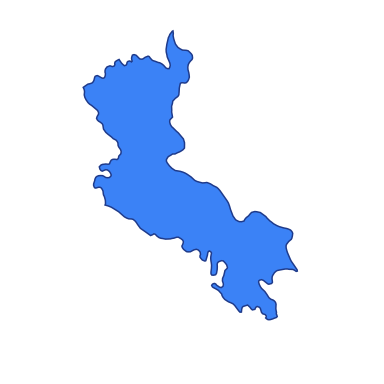 Beshankovichy, Vitebsk, Belarus, rotated 55°
{"feature_id": "67162791B20127655381780", "entity_name": "Beshankovichy", "entity_type": "district", "adm_level": 2, "iso_a3": "BLR", "parent_name": "Belarus", "parent_adm1": "Vitebsk", "projection": "robinson", "projection_center": [29.528, 55.058], "detail": "fine", "context": "isolated", "style": "filled", "palette": "blue", "viewbox_px": 384, "rotation_deg": 55, "n_neighbors": 0, "source": "geoboundaries", "source_scale": "gbopen_adm2", "svg_char_len": 6015}
<svg xmlns="http://www.w3.org/2000/svg" viewBox="0 0 384 384"><g transform="rotate(55 192 192)"><path d="M273.9,137.6L270.4,140.4L268.3,141.7L264.8,143.4L262.0,144.2L260.3,144.8L256.4,145.5L254.5,145.6L248.0,147.8L245.2,150.4L244.0,151.8L242.9,154.9L243.2,156.6L244.0,159.4L244.1,162.2L244.7,164.4L245.6,166.1L244.7,168.5L243.3,170.4L240.9,171.7L239.7,172.2L235.2,172.2L228.4,170.5L224.9,169.3L221.9,168.5L219.3,168.3L207.1,168.3L204.2,168.6L202.3,169.1L198.7,171.1L197.3,171.6L195.8,172.3L194.4,173.2L192.7,174.4L191.8,176.2L190.6,178.2L188.3,180.2L186.2,181.9L184.0,183.1L179.2,184.1L174.9,185.7L172.7,186.7L170.6,188.0L168.3,189.8L164.7,193.5L161.0,194.9L157.6,195.5L153.8,195.6L152.1,195.3L150.8,194.4L150.0,192.7L149.4,191.1L149.7,188.1L149.7,186.2L151.1,184.1L151.5,181.3L152.0,179.2L152.2,177.0L152.2,175.1L151.7,173.0L148.7,170.8L147.2,169.8L143.6,168.6L135.7,169.3L133.4,169.9L128.3,170.8L126.8,171.2L124.3,171.0L122.2,170.3L121.1,169.6L120.2,168.6L119.5,165.0L114.8,162.8L113.4,161.7L110.0,159.5L108.3,157.3L106.5,155.6L105.7,151.9L105.7,150.3L105.6,148.7L104.9,147.1L102.9,145.4L99.6,142.8L97.5,140.6L96.3,139.2L96.6,137.7L97.5,136.6L98.7,135.3L99.2,133.8L98.7,131.7L97.8,130.1L96.4,128.3L94.3,127.1L92.2,126.1L89.4,125.1L87.3,123.8L85.5,122.0L84.4,119.9L83.8,117.8L83.5,116.0L82.6,114.7L80.2,113.4L78.7,113.3L76.6,113.6L74.0,114.2L72.6,115.5L70.3,118.4L68.0,119.6L65.4,120.6L61.4,120.7L58.8,120.0L56.0,119.1L53.1,117.8L51.3,116.3L49.1,115.2L49.0,116.0L49.4,117.2L50.2,119.8L51.0,120.9L52.0,122.8L56.6,127.9L60.2,131.3L62.5,132.8L65.5,134.0L67.1,134.8L73.7,136.2L75.8,137.2L77.1,138.7L77.8,140.1L76.8,141.4L75.4,142.2L71.9,142.6L69.8,143.2L67.6,144.3L66.5,145.4L63.8,147.2L62.0,148.6L60.8,149.1L57.9,149.4L56.5,149.4L55.5,150.1L55.3,151.1L54.8,153.0L54.8,155.9L54.5,156.8L53.2,158.3L52.2,158.6L48.0,159.3L46.6,160.3L46.0,161.1L45.7,162.3L47.0,164.1L48.2,165.1L50.5,166.0L50.7,167.0L49.3,167.6L48.8,168.1L48.3,169.5L48.5,170.7L50.1,172.5L50.2,173.5L49.7,175.0L48.1,175.4L46.1,175.8L43.7,175.8L41.6,175.7L41.5,176.3L41.3,177.6L41.2,179.6L41.3,180.3L42.2,181.5L43.4,182.1L44.1,183.3L44.1,183.9L43.6,185.3L41.6,186.8L40.8,189.8L41.2,191.1L41.6,192.3L42.6,193.5L43.9,194.5L45.3,195.0L46.7,196.1L47.8,197.5L48.1,198.5L47.8,199.7L46.6,200.6L44.0,201.8L42.5,202.6L42.0,203.5L41.7,204.8L42.1,205.8L44.3,208.3L45.0,209.7L45.3,210.8L45.3,211.7L44.5,214.2L44.0,215.1L43.9,215.8L43.9,217.3L43.9,218.7L43.9,221.1L46.4,221.6L48.2,222.5L50.7,224.6L53.1,225.5L55.8,225.9L59.2,225.9L61.3,225.5L63.5,224.6L68.7,223.2L71.1,222.6L73.3,223.0L74.6,223.9L75.3,225.5L76.0,226.8L77.0,228.0L78.8,228.2L80.4,227.9L82.2,227.1L84.5,226.4L86.0,226.6L89.7,228.4L93.7,228.4L96.6,227.7L100.7,226.4L103.2,225.9L105.8,224.5L107.7,224.3L109.2,224.5L111.6,225.9L113.1,226.2L116.2,226.2L118.0,226.7L119.0,227.5L119.9,228.4L120.6,231.4L122.1,232.9L122.4,234.0L122.4,234.9L121.7,235.5L120.4,237.1L119.7,238.5L119.6,239.8L120.0,240.9L120.6,242.0L121.6,243.4L121.2,244.7L119.6,246.6L118.0,249.6L117.7,251.2L118.2,253.5L120.3,254.3L122.1,254.3L123.4,253.6L123.6,253.0L123.8,251.7L124.3,249.8L125.5,248.6L127.8,247.9L129.5,247.9L131.8,248.4L132.6,249.7L132.7,251.5L132.0,252.8L130.7,254.3L128.1,255.4L127.3,255.9L126.2,257.3L125.1,259.1L124.7,260.8L124.8,262.4L125.8,264.1L126.8,265.1L128.9,267.9L130.1,268.8L131.9,269.3L133.2,269.1L133.8,268.0L134.2,266.7L134.7,265.5L135.7,264.4L136.9,264.0L138.8,264.1L140.3,264.4L142.8,265.8L143.8,266.2L145.4,266.4L146.9,266.9L148.8,267.6L149.9,268.2L152.0,269.6L152.8,270.7L155.4,268.6L158.2,266.8L160.7,265.7L166.1,263.4L173.6,261.6L176.0,260.4L177.7,259.2L179.5,256.9L180.7,255.9L183.3,255.2L185.4,255.1L187.5,255.2L192.2,255.1L197.3,253.2L203.9,250.9L204.4,248.7L204.4,247.2L205.7,246.3L208.0,246.0L210.6,245.1L212.1,244.0L213.4,242.6L215.4,240.7L218.0,236.6L218.5,235.2L219.5,233.1L219.7,232.3L220.3,230.4L221.2,229.1L223.8,227.9L226.0,227.2L227.6,227.5L228.7,228.4L229.8,230.0L230.5,231.3L232.0,231.8L234.2,231.8L237.7,230.7L238.6,229.8L240.0,227.7L240.2,226.1L240.5,223.6L241.4,221.3L242.9,220.2L244.2,219.9L245.9,219.8L248.0,220.8L248.7,221.9L249.9,222.8L251.3,222.8L253.5,222.6L254.7,221.9L256.0,221.0L256.2,220.1L252.6,215.6L250.9,214.0L250.1,212.7L250.3,211.5L252.1,210.9L253.1,211.0L255.8,213.7L257.2,214.8L259.3,216.0L260.8,216.7L263.1,217.9L265.7,219.9L268.5,222.4L270.0,223.4L271.5,223.4L272.6,221.9L273.3,220.1L272.6,218.5L270.0,215.9L267.7,214.1L265.6,212.8L264.7,211.7L264.4,210.4L264.7,208.9L265.2,207.2L266.4,205.9L269.1,205.5L271.6,205.4L274.2,206.3L274.7,207.0L275.2,210.0L277.2,212.2L278.7,213.9L280.3,216.5L282.3,218.1L284.8,218.8L286.1,219.6L287.1,220.9L287.0,223.0L285.6,224.1L283.7,224.8L282.4,225.3L281.1,225.3L279.9,225.9L279.3,227.2L279.3,228.4L279.8,229.5L281.3,229.7L282.2,229.5L285.5,227.8L287.8,226.8L292.6,226.2L294.1,226.8L296.0,227.0L298.7,226.8L301.0,225.9L302.9,225.1L304.7,223.9L307.0,222.6L309.3,222.1L316.3,221.9L318.0,221.6L318.7,220.4L316.4,218.4L315.3,217.0L315.1,215.7L315.5,214.4L316.5,211.3L319.7,210.6L321.6,210.6L323.2,210.2L324.2,207.8L323.1,206.0L323.1,204.3L325.1,202.9L326.6,202.8L330.4,204.1L332.2,204.0L334.5,202.3L336.2,202.3L337.1,203.0L337.4,203.9L338.5,203.7L339.5,203.3L340.1,203.0L340.8,202.2L341.5,200.9L342.3,198.5L342.4,197.7L343.2,194.8L342.9,193.6L341.1,193.0L340.2,192.9L339.0,191.8L337.1,191.0L335.6,190.2L334.3,189.2L332.1,187.5L330.3,186.9L328.6,187.0L327.1,187.5L324.9,189.0L322.6,189.6L318.8,189.4L315.3,189.4L310.9,190.3L308.9,190.3L306.3,189.9L304.2,189.2L303.2,188.4L303.0,187.3L303.7,185.3L305.4,184.2L310.6,182.7L311.6,182.0L312.6,179.3L312.2,178.0L310.9,177.2L309.1,176.3L307.6,175.1L306.7,173.9L305.4,170.8L305.1,168.5L305.2,167.3L306.0,165.3L308.5,159.9L309.6,158.2L311.0,156.8L313.1,154.0L314.6,153.0L316.8,152.2L317.2,151.1L316.0,150.5L310.0,150.4L305.7,150.4L303.6,150.1L296.5,148.6L294.5,148.0L291.9,147.0L290.0,145.8L289.1,144.6L288.0,141.2L287.7,137.8L287.1,136.7L285.7,135.1L283.6,133.2L282.3,132.9L281.2,132.9L279.7,133.1L277.8,134.2L276.3,135.3L273.9,137.6Z" fill="#3b82f6" stroke="#1e3a8a" stroke-width="1.5"/></g></svg>